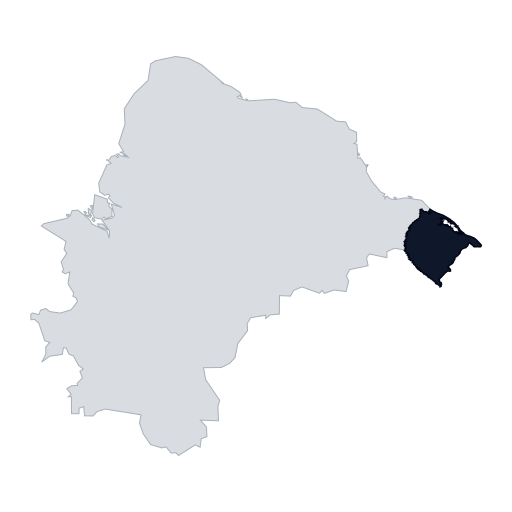 location of Rio Grande do Sul within Brazil, rotated 270°
{"feature_id": "BRA-612", "entity_name": "Rio Grande do Sul", "entity_type": "State", "adm_level": 1, "iso_a3": "BRA", "parent_name": "Brazil", "parent_adm1": "", "projection": "robinson", "projection_center": [-52.79, -30.407], "detail": "fine", "context": "in_parent", "style": "filled", "palette": "ink", "viewbox_px": 512, "rotation_deg": 270, "n_neighbors": 0, "source": "natural_earth", "source_scale": "10m", "svg_char_len": 9610}
<svg xmlns="http://www.w3.org/2000/svg" viewBox="0 0 512 512"><g transform="rotate(270 256 256)"><path d="M128.6,77.1L134.0,82.4L140.8,79.9L142.9,83.3L146.7,78.5L155.9,73.6L157.9,68.9L163.8,66.4L164.3,63.4L157.6,62.3L155.8,49.8L150.0,41.8L157.9,45.9L164.8,45.7L169.7,49.7L171.2,44.8L188.7,38.9L192.5,34.7L192.3,30.9L197.5,30.7L199.0,32.5L197.4,38.9L201.9,40.6L203.5,45.8L200.4,49.8L198.9,60.2L202.2,71.1L210.4,77.4L214.0,76.4L215.8,72.9L218.9,73.7L228.2,68.0L240.0,69.8L238.3,65.2L240.1,62.1L242.4,63.5L250.1,61.2L258.7,66.8L262.4,64.1L270.6,66.0L286.0,41.4L288.4,44.0L293.6,66.6L296.2,70.1L301.3,72.1L301.9,77.8L293.2,88.7L287.8,92.3L280.7,107.1L273.7,109.2L281.0,109.6L291.8,102.1L293.8,111.6L296.8,114.6L307.9,111.3L304.6,122.0L308.9,113.4L314.1,108.5L316.6,109.9L317.7,108.4L316.7,104.5L320.1,99.8L328.8,98.7L347.2,106.9L348.6,111.1L351.1,108.2L355.5,111.5L356.6,115.0L354.4,117.5L355.3,118.7L357.7,116.3L358.2,118.6L356.1,121.0L354.7,128.3L357.6,125.3L359.8,119.8L360.1,123.7L368.4,118.7L387.8,125.0L403.3,124.3L418.4,134.2L431.6,148.1L448.2,150.6L451.3,155.6L455.5,175.5L453.7,188.5L447.2,201.5L429.0,223.1L429.0,221.3L425.5,231.1L419.8,239.7L417.2,241.0L415.3,237.2L413.6,239.1L411.1,248.3L412.8,274.6L409.3,289.8L409.7,295.9L404.5,302.2L402.9,317.5L390.8,336.7L390.2,345.5L383.1,349.1L379.6,356.5L370.5,356.7L368.5,353.9L367.8,357.0L353.7,357.8L354.3,360.3L345.4,366.4L340.3,366.3L331.3,371.4L320.1,380.6L317.9,385.0L316.0,383.4L315.2,385.4L312.7,384.5L315.9,387.1L313.3,390.0L312.4,394.9L314.2,405.6L311.7,421.6L302.3,430.7L290.6,452.6L279.7,462.5L279.5,459.2L287.2,455.1L294.0,443.1L294.2,441.0L289.7,442.3L287.0,438.4L288.4,442.2L287.1,446.7L280.4,454.0L278.2,459.8L278.9,463.1L273.7,474.3L266.8,481.3L265.2,480.3L265.2,474.7L269.2,469.7L263.0,461.8L249.2,452.8L244.9,447.9L241.0,450.5L240.6,447.0L232.8,439.3L229.1,441.3L225.2,440.2L241.9,419.2L243.9,419.3L243.5,417.3L262.1,404.7L263.7,394.4L260.3,386.9L254.3,386.9L258.0,369.2L254.1,366.5L246.3,368.1L242.4,349.6L235.9,346.4L231.0,348.7L220.5,346.1L222.0,334.0L218.6,324.3L221.6,322.2L218.8,319.5L225.1,301.8L221.6,293.7L215.9,290.5L216.4,279.5L197.9,279.3L197.1,270.2L193.6,265.8L196.8,265.7L194.3,250.7L188.5,247.2L181.3,247.6L168.3,237.7L154.5,235.1L148.7,229.7L144.5,221.3L144.3,203.5L132.3,205.7L111.7,219.7L105.5,217.9L91.2,218.5L91.9,200.4L84.9,206.5L75.3,206.9L73.3,201.2L64.8,200.1L67.1,195.2L56.5,178.6L59.3,175.8L58.9,171.1L65.1,166.0L64.1,161.8L67.5,150.5L78.1,143.3L88.7,139.5L97.2,141.0L102.9,105.1L100.5,97.2L96.0,92.9L96.2,84.6L105.4,83.7L103.8,79.1L98.3,79.0L98.3,71.5L115.4,71.4L115.2,68.3L117.8,71.1L123.3,66.8L126.2,71.6L126.5,77.6L128.6,77.1ZM298.4,92.6L317.3,94.7L312.8,107.3L309.3,107.6L308.7,109.8L305.9,108.7L302.9,112.0L295.7,111.9L293.1,105.6L295.0,104.0L292.8,101.7L294.3,94.4L298.4,92.6ZM282.2,107.8L285.1,98.8L288.1,97.5L287.9,103.1L282.2,107.8ZM303.6,88.2L301.7,91.5L297.4,90.8L298.1,88.6L303.6,88.2ZM297.1,84.4L296.4,91.4L294.5,90.6L297.1,84.4ZM306.6,92.6L303.9,92.9L302.6,92.4L306.0,90.3L306.6,92.6ZM294.2,92.8L291.4,95.1L290.3,93.9L292.3,91.9L294.2,92.8ZM299.3,86.7L298.0,85.3L300.3,83.9L300.5,85.2L299.3,86.7ZM297.8,68.9L296.2,69.2L295.9,66.7L297.4,66.5L297.8,68.9ZM314.9,412.2L314.3,410.0L315.6,408.0L316.0,408.6L314.9,412.2ZM347.0,365.5L347.4,368.0L345.5,367.5L347.0,365.5ZM314.0,396.4L313.2,395.1L314.5,393.8L314.9,394.3L314.0,396.4ZM357.2,123.8L356.0,126.4L357.2,122.7L357.2,123.8ZM416.1,241.4L414.3,242.2L415.5,240.1L416.1,241.4ZM358.8,358.8L356.8,359.6L356.4,359.1L357.6,358.0L358.8,358.8ZM413.0,246.2L412.3,247.6L411.8,246.7L413.0,246.2ZM352.1,105.9L352.2,107.3L351.7,107.1L352.1,105.9Z" fill="#d9dde1" stroke="#a8b0b8" stroke-width="1"/><path d="M226.2,441.2L225.6,441.0L225.4,440.4L225.2,440.1L225.8,440.0L226.2,439.7L227.1,438.5L228.0,437.8L228.1,436.3L228.3,435.9L229.0,435.5L230.0,435.3L230.9,434.4L231.4,433.4L232.9,432.0L233.3,430.8L234.1,430.3L234.5,429.4L234.5,428.9L234.8,428.3L235.5,427.7L236.7,427.3L237.0,425.9L237.7,425.5L237.9,425.1L238.0,423.9L239.0,423.5L239.8,422.4L240.4,421.9L240.6,421.7L240.7,420.6L241.8,420.3L241.7,419.3L242.4,418.9L243.4,419.1L243.6,419.6L243.8,419.5L244.1,418.7L243.9,418.3L243.1,417.9L243.0,417.6L243.9,417.2L244.7,416.3L244.9,416.3L245.0,416.6L245.7,415.8L246.3,415.8L246.9,415.1L246.9,414.7L247.3,414.5L247.5,413.9L248.1,414.0L248.9,413.2L249.4,413.5L249.6,413.1L250.3,413.2L249.8,412.3L250.8,412.4L251.5,411.9L251.6,410.6L252.1,410.4L252.3,409.7L252.5,409.4L252.6,409.7L252.8,409.9L253.7,409.7L253.9,409.2L254.0,409.4L254.3,409.3L254.7,408.6L255.1,409.0L256.0,408.7L255.9,408.2L256.1,408.1L256.6,408.1L256.8,408.6L257.0,408.4L257.0,407.9L257.4,408.3L257.6,408.3L257.9,407.8L258.2,407.7L258.2,407.4L258.7,406.2L258.9,406.3L258.9,406.6L259.6,406.6L260.4,405.5L260.8,405.6L260.8,405.1L261.4,405.3L261.6,404.7L262.0,405.3L262.6,405.1L262.8,405.4L263.1,405.4L263.6,405.1L263.8,405.3L263.9,405.8L264.5,405.4L265.4,405.6L265.4,404.8L265.5,404.7L265.9,404.9L266.4,404.7L266.7,404.2L267.5,404.6L267.2,405.6L267.5,405.6L268.2,405.2L268.6,405.5L268.9,404.9L269.1,405.2L269.5,405.2L269.8,404.5L270.2,404.3L270.3,404.5L270.1,404.8L270.1,405.0L270.4,405.0L270.5,405.1L270.3,405.7L270.4,405.9L270.6,405.9L270.9,405.2L271.1,405.7L271.6,405.2L271.9,405.2L272.0,405.7L272.9,406.2L273.1,406.1L273.3,406.5L273.6,406.2L274.1,406.3L274.8,406.1L275.4,406.3L275.7,405.8L276.1,406.5L276.1,406.1L276.3,406.2L276.4,406.7L276.9,406.6L277.1,406.8L277.2,406.7L277.2,406.3L277.3,406.2L277.7,406.2L277.8,406.4L277.6,406.6L277.9,407.0L278.4,406.4L278.6,406.8L279.1,406.7L279.1,407.2L280.0,407.1L280.1,407.5L280.6,407.6L280.7,407.8L280.1,407.9L280.9,408.5L280.6,408.7L281.0,408.5L281.2,409.1L281.4,409.4L281.6,408.9L281.7,409.0L281.7,409.3L282.4,409.4L282.4,409.0L282.8,409.0L283.0,409.3L283.4,408.9L283.7,409.3L284.0,409.0L284.2,409.6L284.5,409.4L284.5,409.8L284.6,410.0L285.5,409.8L285.7,410.4L286.1,410.6L286.2,410.9L286.6,410.6L286.8,411.1L287.2,411.2L287.2,411.6L287.8,412.2L288.2,412.2L289.3,412.8L289.9,414.2L290.6,414.5L291.2,415.2L291.1,415.9L291.3,416.0L291.4,416.4L291.7,416.3L292.1,416.5L292.6,417.6L293.0,418.0L293.8,419.2L294.6,419.7L295.1,419.6L295.5,419.8L296.3,419.9L296.5,420.1L297.7,420.1L298.3,420.5L298.6,420.0L298.8,420.3L299.5,420.5L300.1,420.1L300.5,420.4L301.1,420.1L301.4,420.5L301.7,420.6L302.0,420.7L302.3,420.3L302.5,420.8L302.7,421.0L302.8,421.9L302.0,422.0L301.4,423.0L300.8,423.4L300.8,423.2L300.6,423.2L300.6,423.7L300.3,424.0L300.2,424.5L300.3,426.0L300.1,426.8L299.8,427.2L299.8,427.6L299.4,427.8L299.1,427.5L298.8,428.2L298.2,428.7L298.2,429.7L299.4,430.6L299.5,430.4L299.4,430.0L298.9,429.4L300.1,429.0L300.3,428.7L301.1,429.0L301.6,429.6L302.3,429.8L302.4,430.2L302.6,430.2L301.7,431.6L300.4,433.8L299.8,435.3L299.3,435.9L296.6,443.4L293.8,448.2L292.6,450.1L291.6,451.2L291.0,452.1L289.5,454.0L288.4,455.1L284.4,458.6L281.4,460.4L279.3,463.1L279.3,462.8L279.8,461.5L279.5,461.0L280.0,460.6L279.2,459.5L279.3,459.2L279.6,458.9L280.9,459.6L281.7,459.5L281.9,459.2L281.7,458.8L283.0,458.7L283.4,458.5L284.9,456.7L285.0,456.2L285.5,456.7L285.3,456.0L285.7,455.2L285.8,455.6L286.2,455.7L286.6,455.6L287.5,454.9L288.1,453.7L288.3,452.9L288.4,452.0L288.2,451.3L288.3,450.5L288.4,450.4L288.9,450.5L289.8,450.3L289.9,451.1L290.1,451.1L290.2,450.8L290.5,450.6L290.2,450.4L290.0,450.1L290.3,448.7L290.1,448.4L290.7,448.4L291.7,447.6L292.2,447.4L292.5,447.2L292.9,446.4L293.1,445.4L293.0,443.4L292.6,442.2L293.0,442.1L293.4,442.6L293.4,443.1L293.8,443.6L294.2,443.2L294.1,442.8L294.5,441.7L294.4,441.1L293.7,440.2L293.4,440.2L293.1,440.5L293.3,440.9L293.1,441.4L292.1,441.4L291.9,441.8L290.8,441.7L290.6,442.4L290.8,443.1L290.6,443.0L289.6,442.4L289.5,442.0L289.8,441.4L289.7,441.1L289.4,441.1L289.4,440.8L289.2,440.8L288.7,441.0L288.2,440.6L288.2,440.3L287.7,440.2L287.8,439.8L287.5,439.3L287.6,438.5L287.4,438.6L287.4,438.2L287.2,438.1L286.9,438.8L287.1,439.0L286.9,439.8L286.9,440.2L286.7,440.6L287.2,440.6L287.3,440.9L287.1,441.2L287.6,441.6L287.9,441.3L288.1,442.2L289.0,442.1L288.8,442.7L288.0,442.6L287.5,443.4L287.1,445.2L287.3,447.1L287.0,447.2L286.8,447.0L287.1,446.9L287.1,446.6L286.8,445.4L286.2,445.4L286.2,447.0L286.4,448.2L285.5,448.3L285.2,449.2L285.3,450.2L285.6,450.5L283.8,451.1L283.5,452.0L283.7,452.5L281.9,452.7L281.5,453.2L280.9,453.1L280.5,453.4L280.7,453.7L280.1,454.3L280.1,455.8L280.3,456.2L280.0,457.1L279.7,456.2L279.3,456.0L279.2,456.6L279.7,456.6L279.7,456.8L279.5,457.3L278.0,458.1L278.1,458.8L277.9,459.3L277.7,459.3L277.7,459.5L277.8,459.8L278.1,459.6L278.8,460.3L277.8,460.8L277.6,461.8L278.0,461.8L277.8,462.1L278.0,462.1L278.6,461.9L278.9,461.5L279.3,461.5L278.5,462.3L278.6,462.6L279.2,461.9L279.1,462.6L279.2,463.1L278.9,463.2L277.6,464.4L276.4,466.9L275.5,470.4L273.8,474.3L272.1,476.4L267.8,480.5L266.7,481.3L266.4,481.3L266.0,480.6L265.4,480.7L265.2,480.2L265.4,477.3L265.2,474.7L265.4,473.8L265.7,473.5L267.2,472.4L267.5,471.4L269.1,469.9L269.3,469.5L268.4,468.5L266.3,467.7L264.9,466.3L264.1,465.3L264.0,464.1L263.4,463.0L263.0,461.8L262.0,461.4L261.6,460.7L260.5,460.3L260.1,459.8L259.8,459.7L259.2,460.1L258.0,459.1L256.1,457.3L255.8,456.1L255.1,455.5L254.7,454.9L252.3,454.5L251.1,453.5L250.6,452.7L250.0,453.4L248.5,452.4L248.0,451.4L247.5,451.0L247.2,450.0L245.0,447.8L244.6,447.8L244.5,448.0L244.4,448.9L243.7,449.0L243.4,449.7L242.5,450.4L241.0,450.5L240.9,450.4L240.9,448.8L241.2,447.9L240.9,447.3L240.3,446.7L238.9,444.8L237.2,443.5L236.8,442.9L235.9,442.2L235.4,441.5L234.8,441.3L234.7,440.7L233.5,439.9L232.8,439.2L230.4,439.3L229.9,439.8L229.6,440.8L229.1,441.3L228.8,441.4L228.5,441.2L228.3,441.4L227.7,441.2L227.3,441.5L226.8,441.1L226.2,441.2Z" fill="#0f172a" stroke="#020617" stroke-width="1.5"/></g></svg>